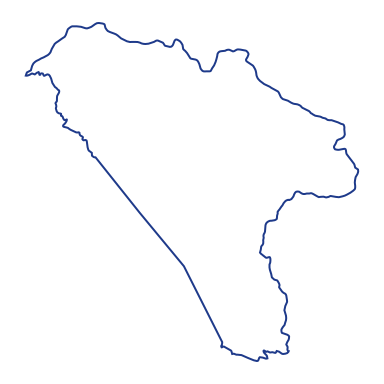 San Jose del Potrero, Comayagua, Honduras (Mercator projection)
{"feature_id": "27666195B91463241716660", "entity_name": "San Jose del Potrero", "entity_type": "district", "adm_level": 2, "iso_a3": "HND", "parent_name": "Honduras", "parent_adm1": "Comayagua", "projection": "mercator", "projection_center": [-87.296, 14.845], "detail": "fine", "context": "isolated", "style": "outline", "palette": "blue", "viewbox_px": 384, "rotation_deg": 0, "n_neighbors": 0, "source": "geoboundaries", "source_scale": "gbopen_adm2", "svg_char_len": 5806}
<svg xmlns="http://www.w3.org/2000/svg" viewBox="0 0 384 384"><path d="M288.6,351.3L288.2,351.3L287.6,350.2L287.4,349.5L287.6,347.7L287.5,346.6L286.5,344.9L286.3,344.4L287.3,342.0L288.6,339.8L289.0,338.2L289.1,336.4L288.6,335.6L287.2,334.7L282.0,332.9L281.6,332.1L281.4,330.7L281.4,329.7L281.7,329.0L282.7,327.3L284.6,324.9L285.0,323.3L286.0,320.2L286.2,318.1L286.0,315.7L284.4,310.3L285.3,306.0L286.8,302.6L287.1,301.8L287.0,300.2L286.3,295.7L285.9,294.6L285.3,293.8L283.5,292.8L282.1,291.6L279.3,287.6L279.1,287.1L279.5,285.4L279.4,284.4L278.7,282.8L277.5,280.8L277.1,280.4L274.3,279.6L271.9,277.4L271.2,274.0L269.9,269.8L269.5,267.5L269.5,264.6L270.2,262.6L270.4,260.9L270.4,258.9L270.0,257.5L269.7,257.2L269.2,257.1L266.7,257.8L265.8,257.6L260.9,253.7L260.0,252.6L260.8,249.6L261.2,246.6L261.7,245.8L262.7,244.7L263.2,243.5L263.3,241.8L263.2,240.1L263.7,237.8L263.5,236.6L263.5,235.3L263.8,234.2L264.5,233.0L265.0,231.6L265.5,225.2L265.9,224.0L266.6,222.8L267.4,222.1L268.4,221.4L269.9,220.8L271.7,220.7L274.7,220.2L275.6,219.8L276.7,219.0L276.9,218.3L277.1,215.5L277.7,213.6L277.6,212.0L278.4,210.7L279.5,209.4L281.6,206.3L282.3,205.6L283.6,203.2L285.2,201.3L286.4,200.4L288.2,199.8L288.8,200.0L289.3,200.0L291.4,199.1L293.4,196.5L294.2,194.3L295.1,192.7L295.7,192.1L296.3,191.7L297.7,191.5L299.1,191.7L301.6,193.4L303.2,194.0L304.8,194.0L306.9,193.5L309.4,193.5L310.9,193.2L311.7,193.3L313.2,194.0L317.7,196.6L318.9,197.1L321.0,196.8L323.6,196.7L324.3,196.9L325.5,197.3L326.4,197.4L328.6,196.9L330.2,196.1L330.7,196.0L335.9,196.9L338.9,197.2L342.7,196.3L344.9,195.6L346.8,194.7L350.4,192.7L353.2,190.7L354.6,189.4L355.0,188.7L355.2,187.5L355.2,185.9L354.8,182.6L355.0,180.4L355.6,177.2L357.5,173.9L358.0,172.4L358.2,171.3L358.0,169.5L355.2,167.6L354.4,164.6L354.0,163.8L346.7,154.2L346.3,153.1L345.9,150.1L345.5,149.2L345.0,148.9L344.3,148.8L338.9,149.8L337.9,149.8L336.3,149.6L335.1,149.3L334.8,149.0L334.3,148.2L334.0,147.3L334.0,146.8L334.2,146.1L335.5,144.0L337.0,140.5L338.4,139.6L340.5,138.9L342.4,137.9L343.7,136.9L344.4,135.7L344.8,134.4L344.3,129.4L344.4,127.2L344.1,125.9L343.7,124.9L343.1,124.4L341.0,123.8L338.1,122.4L332.2,120.4L331.6,120.2L329.5,120.2L327.9,120.0L326.6,119.3L325.6,118.5L322.4,117.7L321.4,117.1L320.1,116.6L315.2,115.7L312.9,114.4L311.8,113.6L310.9,113.2L309.7,111.7L309.0,111.1L302.6,107.9L301.8,107.3L300.7,106.0L299.5,105.2L297.6,104.4L296.0,104.1L294.4,103.9L293.2,103.6L291.2,102.7L287.9,100.7L283.0,99.1L282.5,98.8L280.9,97.2L278.9,92.8L278.3,91.9L277.8,91.4L271.4,87.9L269.7,86.7L264.2,84.1L260.1,81.0L258.3,79.1L257.5,77.9L256.9,76.5L256.5,75.3L256.1,72.4L255.6,70.4L255.0,69.0L253.7,66.7L252.9,65.6L247.4,61.9L246.6,61.3L246.2,60.7L246.0,60.0L246.1,59.4L247.6,56.8L248.4,54.7L248.5,54.1L248.3,53.3L247.8,52.4L246.5,51.0L245.7,50.6L240.4,49.6L237.9,49.4L236.7,49.7L234.2,51.1L233.0,51.4L229.4,49.8L228.1,49.7L226.7,50.0L225.0,50.8L221.1,51.2L219.5,51.6L218.5,52.4L217.7,53.5L217.4,54.6L217.2,56.1L216.5,58.9L215.6,61.9L214.1,65.4L212.2,68.2L210.8,70.8L210.5,71.1L209.7,71.3L203.9,71.4L203.0,71.1L202.4,70.8L201.5,69.8L200.6,68.6L199.4,64.3L198.5,62.3L197.7,61.0L196.9,60.2L195.7,59.6L191.1,58.7L190.3,58.2L187.1,53.1L185.2,50.9L184.0,49.9L183.2,49.0L182.5,44.9L181.3,42.9L180.1,41.4L178.4,40.3L177.0,39.6L176.0,39.5L175.2,40.0L174.5,40.9L173.0,44.8L172.4,45.7L171.4,46.6L169.9,46.9L165.2,45.8L164.7,45.4L163.6,43.6L162.9,42.7L157.8,40.5L157.0,40.5L156.1,40.7L154.0,41.9L148.5,43.7L145.4,44.0L143.8,43.9L142.7,43.7L141.5,43.4L139.8,42.6L137.6,42.0L133.8,41.9L129.9,42.0L127.0,41.3L121.1,38.4L117.7,35.5L116.1,34.4L114.5,33.7L109.6,31.9L107.8,31.0L106.7,29.8L105.4,27.8L104.7,24.9L104.5,24.4L103.8,23.9L102.4,23.5L98.9,23.0L96.9,23.2L95.2,24.1L91.4,26.8L89.0,27.8L87.0,28.4L85.4,28.2L81.0,26.8L76.5,26.3L72.3,26.3L71.2,26.7L69.7,27.7L68.2,28.9L67.7,29.6L65.8,35.0L64.7,36.8L61.8,38.7L58.2,41.3L56.2,42.6L54.7,43.9L51.8,48.9L50.4,52.4L49.2,53.9L47.8,55.1L43.6,57.4L41.2,58.4L39.0,59.7L36.3,61.0L34.8,62.1L33.4,63.5L32.6,65.0L32.1,66.0L30.9,70.3L30.2,70.7L27.0,72.4L26.6,73.2L25.8,75.6L26.6,75.7L27.8,75.5L29.6,74.8L31.3,73.8L32.1,73.5L34.8,74.4L37.0,72.7L38.6,72.1L38.8,72.3L39.4,74.6L39.6,74.8L40.2,74.7L40.3,74.0L40.6,73.7L41.3,73.4L42.0,73.4L42.8,73.6L43.7,75.4L44.1,75.8L44.6,75.7L46.7,74.6L47.5,74.4L48.7,74.7L49.7,75.7L51.1,78.5L52.4,83.0L54.9,86.9L56.5,88.1L58.0,89.8L58.8,90.2L59.2,90.9L59.2,91.8L58.9,92.8L57.2,95.8L57.0,97.1L56.9,101.0L56.6,101.7L55.8,102.5L55.5,103.2L55.6,103.6L56.0,104.4L56.3,106.0L56.3,106.8L55.9,108.0L55.9,108.6L56.7,111.3L57.5,112.5L59.1,113.4L60.6,113.6L61.0,113.8L61.1,114.4L61.0,115.2L61.0,115.6L61.4,116.0L62.2,116.2L62.6,116.7L63.3,118.6L64.1,119.8L64.6,120.1L65.8,119.9L66.5,119.5L66.8,119.6L66.7,120.7L65.8,122.4L64.9,123.6L63.6,124.8L63.2,125.4L63.1,125.9L63.2,126.4L64.0,126.9L66.2,127.4L67.9,127.9L69.2,128.9L70.6,129.8L76.2,132.4L77.6,132.5L78.7,132.3L79.1,132.5L79.4,132.7L79.6,134.1L80.1,135.2L80.7,135.7L82.2,136.5L82.9,137.2L82.8,137.9L82.4,139.1L82.8,139.8L83.7,140.3L85.3,140.0L86.0,140.2L86.5,140.5L86.8,141.4L87.6,147.3L88.2,149.4L88.5,150.1L88.8,150.6L91.8,152.8L92.0,155.7L93.6,157.0L94.5,157.3L95.5,157.3L139.8,212.9L183.9,266.2L222.2,342.1L222.1,343.7L221.8,344.9L221.9,345.4L221.4,345.7L221.2,346.1L221.3,346.7L221.6,347.3L221.9,347.3L223.3,346.6L224.0,346.6L230.9,350.5L231.4,351.1L232.2,354.0L233.8,353.7L236.4,354.7L237.8,354.7L241.5,355.1L248.1,358.0L253.8,360.3L256.8,361.0L257.6,360.9L258.2,360.5L259.3,357.7L259.9,357.2L262.8,357.6L265.7,358.6L266.7,358.6L267.4,358.4L267.0,356.1L266.7,355.9L266.5,355.3L264.3,353.0L263.7,351.9L263.5,351.0L264.0,350.5L264.8,350.9L266.1,351.8L267.6,351.4L270.0,352.5L272.4,352.2L275.2,352.9L275.8,352.6L276.7,351.0L277.1,351.1L279.1,351.7L281.7,353.6L283.0,354.0L285.3,353.7L287.1,353.1L288.3,352.0L288.6,351.3Z" fill="none" stroke="#1e3a8a" stroke-width="2"/></svg>